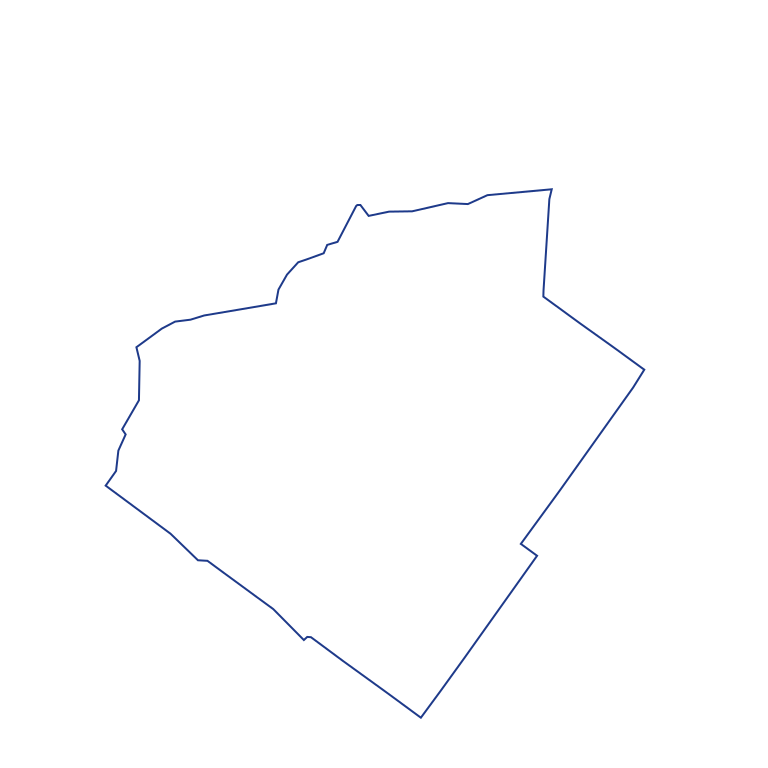 Cobb, Georgia, United States of America, rotated 215°
{"feature_id": "52423323B33161385317476", "entity_name": "Cobb", "entity_type": "district", "adm_level": 2, "iso_a3": "USA", "parent_name": "United States of America", "parent_adm1": "Georgia", "projection": "natural_earth1", "projection_center": [-84.542, 33.913], "detail": "fine", "context": "isolated", "style": "outline", "palette": "blue", "viewbox_px": 768, "rotation_deg": 215, "n_neighbors": 0, "source": "geoboundaries", "source_scale": "gbopen_adm2", "svg_char_len": 850}
<svg xmlns="http://www.w3.org/2000/svg" viewBox="0 0 768 768"><g transform="rotate(215 384 384)"><path d="M162.4,131.8L161.6,165.1L161.0,206.6L160.1,331.1L180.2,331.5L178.9,397.6L178.0,512.6L177.9,524.0L179.0,545.0L216.0,545.7L258.0,546.1L303.6,547.0L306.9,552.0L354.6,630.3L358.3,639.7L407.6,598.0L418.5,579.5L435.3,568.9L460.0,541.6L478.7,528.1L493.0,512.9L506.0,517.1L508.5,515.3L508.9,513.8L503.6,473.8L510.3,465.4L508.4,456.5L519.1,441.3L524.1,434.5L526.2,418.0L524.6,400.8L518.8,388.1L570.6,337.0L579.4,325.7L590.9,315.3L597.8,301.9L607.9,272.1L597.4,262.8L575.4,230.1L572.5,196.7L566.7,194.5L563.4,177.1L553.6,159.1L553.7,141.1L472.9,138.9L435.3,132.9L427.2,137.9L406.9,137.4L366.3,136.5L366.0,136.5L345.6,136.1L302.8,128.3L301.8,132.8L298.6,134.7L258.8,133.6L206.0,132.8L162.4,131.8Z" fill="none" stroke="#1e3a8a" stroke-width="2"/></g></svg>